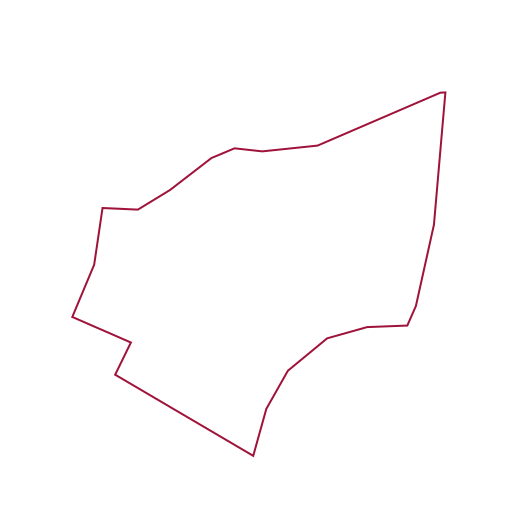 outline of Gangdong-gu, Seoul, South Korea, rotated 11°
{"feature_id": "91817680B8309013283439", "entity_name": "Gangdong-gu", "entity_type": "district", "adm_level": 2, "iso_a3": "KOR", "parent_name": "South Korea", "parent_adm1": "Seoul", "projection": "albers", "projection_center": [127.15, 37.543], "detail": "fine", "context": "isolated", "style": "outline", "palette": "rose", "viewbox_px": 512, "rotation_deg": 11, "n_neighbors": 0, "source": "geoboundaries", "source_scale": "gbopen_adm2", "svg_char_len": 423}
<svg xmlns="http://www.w3.org/2000/svg" viewBox="0 0 512 512"><g transform="rotate(11 256 256)"><path d="M405.8,60.5L295.3,135.9L242.2,152.1L214.4,154.4L193.6,168.3L159.0,207.6L131.2,233.0L96.2,238.2L98.8,295.4L87.3,350.9L149.7,364.8L140.4,399.4L291.4,452.7L295.3,404.1L309.2,362.5L341.6,323.2L378.6,304.6L417.8,295.4L422.5,274.6L424.7,191.4L410.7,59.3L405.8,60.5Z" fill="none" stroke="#9f1239" stroke-width="2"/></g></svg>